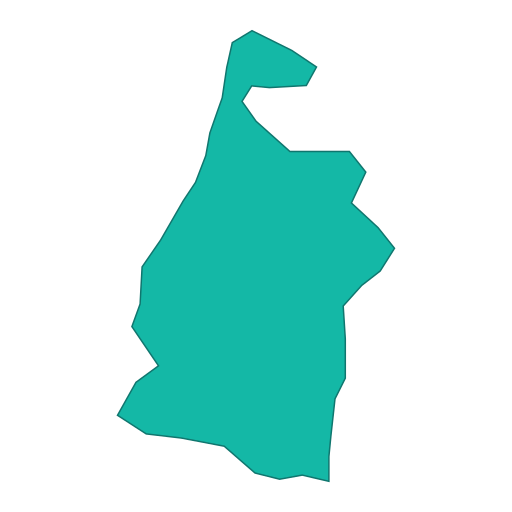 Xyliatos, Nicosia, Cyprus (Albers equal-area conic projection)
{"feature_id": "46923920B57039776858603", "entity_name": "Xyliatos", "entity_type": "district", "adm_level": 2, "iso_a3": "CYP", "parent_name": "Cyprus", "parent_adm1": "Nicosia", "projection": "albers", "projection_center": [33.036, 35.022], "detail": "fine", "context": "isolated", "style": "filled", "palette": "teal", "viewbox_px": 512, "rotation_deg": 0, "n_neighbors": 0, "source": "geoboundaries", "source_scale": "gbopen_adm2", "svg_char_len": 731}
<svg xmlns="http://www.w3.org/2000/svg" viewBox="0 0 512 512"><path d="M131.9,326.6L158.5,365.8L136.0,382.3L117.5,415.3L146.2,433.9L181.1,438.0L224.2,446.2L255.0,473.0L279.6,479.2L302.2,475.1L328.9,481.3L328.9,456.5L330.9,435.9L335.0,398.8L345.3,378.2L345.3,339.0L343.2,306.0L361.7,285.4L380.2,271.0L394.5,248.3L378.1,227.7L351.4,203.0L365.8,172.1L349.4,151.5L326.8,151.5L289.9,151.5L256.0,121.2L255.3,120.2L242.0,101.4L251.7,85.9L259.9,86.7L261.2,86.8L269.4,87.6L306.3,85.5L316.5,67.0L291.9,50.5L252.0,30.7L232.3,42.6L228.0,61.9L228.0,62.0L226.8,67.1L222.2,97.9L217.9,110.0L209.9,132.9L205.8,155.6L195.5,182.4L183.2,200.9L160.6,240.1L142.1,266.9L140.1,304.0L131.9,326.6Z" fill="#14b8a6" stroke="#0f766e" stroke-width="1.5"/></svg>